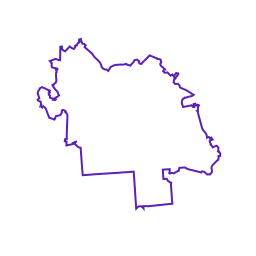 outline of Īles pag., Auces, Latvia, rotated 195°
{"feature_id": "27541924B56863869221603", "entity_name": "Īles pag.", "entity_type": "district", "adm_level": 2, "iso_a3": "LVA", "parent_name": "Latvia", "parent_adm1": "Auces", "projection": "albers", "projection_center": [23.001, 56.556], "detail": "fine", "context": "isolated", "style": "outline", "palette": "violet", "viewbox_px": 256, "rotation_deg": 195, "n_neighbors": 0, "source": "geoboundaries", "source_scale": "gbopen_adm2", "svg_char_len": 5579}
<svg xmlns="http://www.w3.org/2000/svg" viewBox="0 0 256 256"><g transform="rotate(195 128 128)"><path d="M159.5,70.7L158.1,71.2L152.6,73.1L148.1,74.7L128.3,81.4L126.4,82.0L120.9,84.0L117.4,85.1L111.2,87.3L105.3,70.2L102.8,62.7L102.1,60.7L101.7,59.5L101.5,59.0L100.8,57.0L100.7,56.7L100.6,56.3L99.2,52.3L97.7,54.8L95.4,55.9L95.5,55.9L92.7,54.8L92.3,54.5L93.0,56.5L89.1,57.5L88.6,57.5L85.7,58.6L85.0,58.9L79.5,61.0L79.4,61.0L78.0,61.6L76.1,62.3L75.1,62.7L74.8,62.9L74.5,62.9L72.7,63.7L72.3,63.8L65.6,66.3L67.1,70.6L69.6,77.9L72.3,85.7L72.2,86.3L74.0,86.6L75.3,87.2L76.4,87.7L77.4,89.0L80.6,87.9L83.6,96.8L77.1,99.0L76.3,99.3L76.7,98.9L76.7,97.5L76.5,96.7L76.5,96.1L76.6,95.6L76.6,95.3L76.4,95.1L76.2,94.9L75.9,95.0L74.9,95.3L73.9,96.1L72.3,96.0L70.8,97.3L68.4,99.6L67.9,99.8L68.0,101.1L68.1,102.8L62.9,104.6L59.8,103.8L58.9,103.8L46.0,104.0L46.1,104.3L45.5,105.1L44.6,105.3L43.2,105.5L39.4,103.6L38.0,104.2L36.8,104.3L36.3,105.5L35.8,106.4L35.7,106.6L35.6,107.0L35.7,107.7L35.8,108.4L35.9,108.7L36.1,109.1L36.5,109.9L36.8,110.4L37.0,111.2L37.1,112.0L37.1,112.6L37.0,113.1L36.9,113.4L36.7,113.9L36.6,114.2L34.6,117.7L34.1,118.5L33.9,119.1L33.7,119.3L33.5,119.6L33.1,120.2L33.0,120.4L32.8,120.5L32.5,120.8L33.2,124.4L32.4,124.5L31.7,124.8L32.0,125.7L32.2,126.7L32.3,127.0L33.2,128.1L34.4,128.9L34.6,128.5L35.2,128.9L35.0,129.9L35.6,132.5L37.8,133.8L41.2,131.3L41.8,132.1L43.8,133.2L43.6,133.7L44.1,134.4L45.0,135.2L45.8,136.8L45.5,137.5L44.0,138.2L43.3,138.7L44.7,139.8L45.3,140.2L46.0,139.2L46.6,139.7L47.4,140.0L47.7,140.2L48.9,139.5L49.1,139.2L49.2,139.5L49.4,139.9L50.1,141.2L50.4,141.8L50.7,142.1L51.2,142.6L51.7,143.1L52.2,143.5L54.6,145.2L55.1,145.6L56.1,146.8L56.5,147.2L61.1,155.2L61.4,155.6L62.9,158.2L64.5,161.1L65.3,162.2L65.6,162.4L64.9,162.8L65.0,163.1L65.8,166.0L65.4,168.3L67.1,168.4L67.2,167.5L68.7,167.5L69.4,168.9L70.7,168.1L70.9,167.9L69.6,166.3L69.4,166.0L69.3,165.6L70.2,165.0L70.9,165.4L72.2,166.0L72.6,166.3L73.4,165.9L78.1,163.6L80.2,162.5L82.5,166.0L82.9,168.0L82.7,169.9L82.0,170.7L81.5,171.3L81.1,172.0L80.3,172.0L78.0,173.7L76.7,174.3L74.7,175.3L73.2,177.0L81.6,179.6L87.3,180.4L88.2,180.7L88.6,181.2L89.4,182.6L91.2,183.5L91.3,183.5L94.1,182.8L94.2,183.0L95.9,184.2L96.0,186.7L96.0,187.1L95.9,187.5L95.9,188.2L95.9,188.6L95.0,188.2L94.6,189.9L94.3,190.4L93.3,193.0L93.9,193.7L94.0,193.6L94.4,193.2L95.3,193.6L95.8,193.5L97.1,189.6L98.9,191.2L100.5,189.5L104.2,191.9L106.7,190.9L107.4,191.1L107.5,191.4L108.7,191.9L108.4,193.2L108.0,194.1L107.5,194.2L107.6,194.3L109.6,195.3L110.0,195.6L111.5,196.1L112.6,197.1L113.2,197.6L113.5,198.2L112.9,200.0L113.1,200.7L113.5,200.9L114.2,202.5L115.8,202.6L117.0,202.4L117.8,202.4L118.0,202.8L119.0,202.9L119.9,202.8L120.2,203.0L121.5,203.2L124.5,203.5L124.8,203.5L125.0,203.5L125.7,203.6L125.8,203.7L126.8,202.2L127.1,201.5L127.5,200.8L127.9,200.1L128.2,199.6L128.3,199.5L128.3,199.4L130.5,195.9L131.4,194.1L131.9,193.2L133.6,193.3L134.5,194.3L134.7,194.7L134.5,195.4L137.1,196.4L139.3,195.2L139.4,194.3L139.6,193.6L140.7,191.3L141.3,190.2L141.9,188.8L142.8,189.0L145.1,188.8L146.1,189.5L146.6,189.3L148.7,188.1L149.5,187.9L151.1,187.4L151.4,187.4L154.6,186.3L156.9,185.5L160.6,182.5L161.0,180.7L161.9,178.0L163.8,178.9L164.3,178.9L165.0,178.6L165.5,178.6L167.0,178.8L167.3,179.0L168.0,179.3L168.6,179.6L168.8,179.8L169.5,180.6L169.7,180.9L170.2,181.7L171.9,183.9L175.9,186.4L177.0,186.8L179.2,188.2L182.0,190.6L190.9,194.9L190.7,195.8L190.3,196.6L190.2,196.8L190.8,197.3L192.4,198.0L193.9,197.6L195.2,199.3L196.6,201.8L198.1,200.8L197.9,199.1L197.0,198.7L197.3,197.9L198.3,197.1L198.6,196.5L198.7,195.0L198.7,194.6L200.0,194.2L200.4,193.6L199.9,192.4L200.7,190.3L203.6,190.8L205.3,191.7L206.0,190.4L206.8,189.1L208.6,185.7L211.8,186.7L212.1,187.3L212.3,188.0L213.1,189.7L214.4,188.9L211.2,176.1L211.2,175.8L213.5,175.8L214.9,175.9L216.1,175.9L220.8,172.4L218.9,171.3L218.7,170.8L218.4,170.8L217.9,168.3L217.1,166.9L212.1,167.0L211.6,167.0L211.5,166.6L211.4,166.2L212.8,165.8L211.8,164.4L211.6,163.8L211.4,163.5L211.8,162.9L211.4,161.2L210.7,158.7L210.1,157.2L209.4,155.1L209.6,152.8L210.4,152.2L210.8,150.7L212.1,150.3L211.7,149.4L210.9,148.6L210.4,148.2L207.7,146.0L205.7,145.0L204.0,142.6L203.0,141.7L204.4,139.9L206.2,138.1L205.1,137.0L205.5,136.3L207.7,135.8L207.7,136.0L207.7,136.8L208.4,137.0L209.1,136.9L209.9,137.0L211.3,137.1L211.7,139.2L213.1,139.6L213.0,141.0L212.8,141.7L213.2,141.6L213.9,141.7L213.9,142.0L213.7,142.6L213.2,143.9L215.4,144.1L218.7,144.8L221.2,145.2L221.8,145.1L222.6,144.3L223.6,143.3L223.5,142.2L224.3,140.2L224.3,138.2L221.4,133.9L221.9,133.0L222.3,132.4L222.6,131.9L222.4,131.7L221.8,131.2L220.9,130.9L220.5,130.9L219.5,130.9L219.3,130.9L219.1,130.7L218.5,129.3L218.2,128.6L218.2,128.3L217.9,128.3L217.8,128.2L217.9,127.9L217.8,127.5L218.0,127.3L218.0,127.1L218.0,126.8L217.9,126.9L218.0,126.7L217.7,126.7L217.5,126.3L217.3,126.2L217.2,126.3L217.1,126.2L216.8,125.9L216.7,125.8L216.3,125.6L216.3,125.8L215.5,127.1L212.8,125.8L210.7,123.0L210.5,122.7L206.8,117.6L206.7,117.5L203.0,117.3L201.3,117.1L201.2,117.1L201.0,117.8L200.9,119.4L200.7,120.8L196.8,122.8L196.3,124.5L195.9,125.9L196.5,127.5L196.0,128.1L195.9,128.4L195.5,128.5L194.5,128.6L193.5,128.4L192.5,128.0L192.8,127.2L191.1,126.3L191.0,126.1L190.8,125.9L190.1,125.2L189.4,123.2L187.9,116.3L186.5,110.2L186.0,108.0L184.3,101.3L185.9,100.8L185.6,98.7L183.8,98.8L183.6,98.0L182.9,95.2L178.3,97.6L176.9,98.4L177.0,98.7L177.4,99.3L176.9,99.6L174.8,101.4L174.7,101.4L174.8,100.8L175.5,99.5L175.8,99.0L173.2,97.8L172.5,97.2L170.0,96.5L168.6,96.6L161.9,77.2L159.5,70.7Z" fill="none" stroke="#5b21b6" stroke-width="2"/></g></svg>